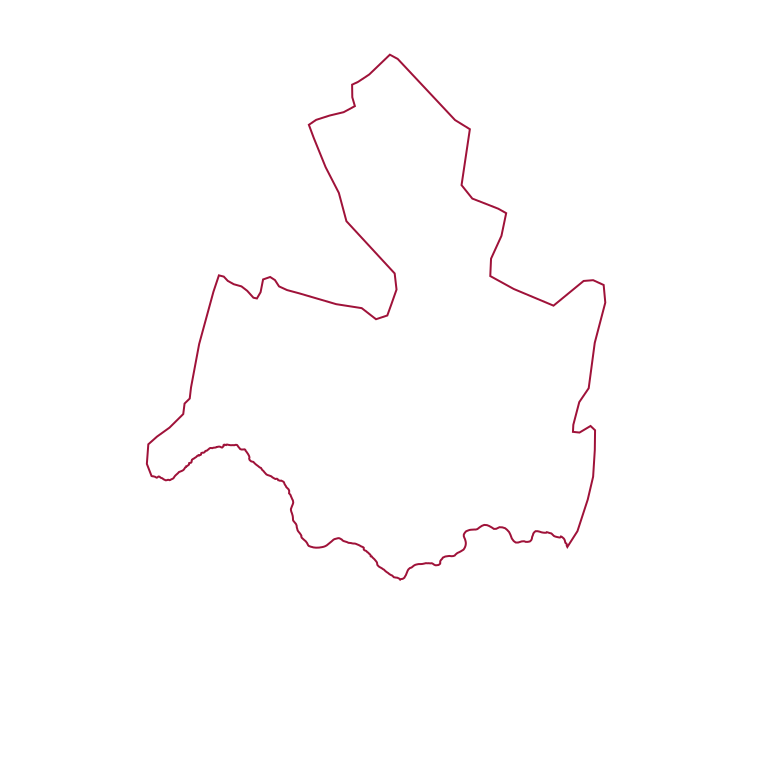 outline of Toledo, Canelones, Uruguay, rotated 318°
{"feature_id": "84410073B33780551405566", "entity_name": "Toledo", "entity_type": "district", "adm_level": 2, "iso_a3": "URY", "parent_name": "Uruguay", "parent_adm1": "Canelones", "projection": "mercator", "projection_center": [-56.115, -34.726], "detail": "fine", "context": "isolated", "style": "outline", "palette": "rose", "viewbox_px": 768, "rotation_deg": 318, "n_neighbors": 0, "source": "geoboundaries", "source_scale": "gbopen_adm2", "svg_char_len": 6166}
<svg xmlns="http://www.w3.org/2000/svg" viewBox="0 0 768 768"><g transform="rotate(318 384 384)"><path d="M618.3,252.1L613.4,235.4L611.7,151.6L608.7,143.2L580.1,144.1L566.8,142.1L560.6,140.2L552.3,149.7L548.3,158.0L535.9,155.0L523.2,148.1L510.3,142.3L501.6,141.1L496.5,154.0L485.7,183.8L478.3,211.8L465.0,237.9L465.9,309.0L456.5,322.2L442.6,329.8L432.3,335.3L421.4,330.5L418.2,312.7L401.9,292.7L381.6,259.8L374.8,249.3L371.3,241.2L372.5,233.8L371.0,228.3L364.1,225.4L353.7,233.2L346.8,235.4L344.7,232.5L344.7,223.2L343.4,216.1L339.1,209.3L336.9,202.8L336.8,197.0L334.0,192.8L319.0,201.3L273.4,230.6L238.2,257.5L229.9,264.8L222.7,265.1L214.7,272.0L195.4,272.9L180.1,271.2L168.5,271.1L154.3,284.7L149.7,296.8L150.1,297.6L150.7,298.1L151.1,298.8L151.6,299.4L151.9,300.2L152.2,301.1L152.5,301.6L153.5,301.8L154.2,301.8L154.7,302.0L155.2,302.8L155.2,303.4L155.4,304.3L155.7,305.0L156.2,305.8L156.4,307.4L156.8,308.1L157.2,309.3L158.0,310.0L158.6,310.3L159.3,310.6L159.9,311.2L160.2,311.9L160.9,312.3L161.6,312.4L162.4,312.6L163.5,313.0L164.3,313.1L165.2,313.0L166.0,312.7L167.1,312.5L168.1,312.4L171.6,312.4L172.5,312.2L174.2,312.8L175.3,313.2L176.3,313.5L177.4,313.7L178.7,313.5L180.4,313.0L181.4,313.3L182.0,312.8L182.7,313.2L184.7,313.4L185.3,313.3L185.8,312.8L186.2,312.4L186.9,312.7L187.7,313.3L188.3,313.3L189.0,313.1L189.4,312.5L190.1,312.2L190.6,311.8L190.9,311.8L191.8,311.9L192.7,312.2L193.6,312.2L194.4,312.4L195.8,312.6L196.7,312.5L197.2,312.5L197.8,312.8L198.5,313.3L198.8,312.9L199.3,313.3L199.8,313.8L200.8,314.0L201.4,313.5L202.0,313.1L202.6,313.3L203.2,313.6L203.9,314.3L204.9,314.6L205.9,314.4L206.3,314.3L206.8,314.4L207.3,314.8L207.9,315.0L208.8,315.0L209.6,315.1L210.4,315.1L211.3,315.1L212.2,315.4L212.7,315.9L213.6,316.9L214.4,317.1L215.5,317.9L216.6,318.7L217.3,318.7L217.9,319.2L218.4,319.4L218.9,319.7L219.7,320.3L220.4,321.3L220.7,322.3L221.2,322.9L222.2,322.9L223.2,322.8L223.7,322.1L224.5,322.1L224.9,322.4L225.1,323.0L225.7,323.3L225.9,323.8L226.8,323.9L227.5,324.9L229.0,326.8L229.8,327.5L231.0,328.5L231.6,329.2L233.0,329.9L233.6,330.5L234.0,331.2L233.7,333.7L233.7,335.2L233.6,336.2L234.4,337.5L235.9,338.7L236.6,339.2L236.9,340.0L236.5,340.9L236.5,341.9L236.1,345.1L235.6,347.1L235.0,348.4L233.8,349.3L233.3,350.6L233.5,352.5L234.1,353.5L234.8,354.5L234.8,356.1L235.0,358.2L235.2,359.2L235.6,361.2L235.7,362.2L235.9,363.1L236.4,364.0L236.2,365.2L236.0,366.4L236.2,367.8L236.1,369.6L236.1,371.2L236.1,372.5L236.6,373.8L237.2,374.8L237.8,375.9L238.5,377.3L238.6,378.6L239.2,380.5L239.7,381.9L241.0,382.7L241.3,383.8L241.0,384.7L241.6,385.5L242.0,386.4L242.9,386.9L243.7,388.8L243.9,390.0L243.1,392.0L242.9,393.2L242.7,394.6L242.4,395.2L242.5,396.4L242.6,398.4L242.1,399.9L240.9,401.2L240.3,401.7L240.3,402.8L240.2,404.3L239.7,405.1L239.4,406.3L238.8,407.9L238.6,408.9L238.1,410.1L237.1,411.5L235.6,412.4L233.9,413.2L231.2,414.6L230.5,415.4L229.7,416.8L229.1,418.4L227.9,420.9L227.0,422.2L225.4,424.2L225.1,425.0L224.9,429.2L224.3,430.8L223.3,432.1L222.5,433.8L221.9,434.9L221.7,435.9L221.6,437.1L221.6,438.1L221.5,439.1L221.3,440.6L221.0,441.6L220.4,442.1L220.0,443.2L220.1,444.1L220.2,445.3L220.3,446.2L220.4,447.1L220.6,448.5L220.4,450.7L219.8,452.8L219.7,453.9L220.7,455.9L221.4,456.9L222.2,458.2L223.1,459.2L224.1,460.3L225.2,461.2L226.4,462.2L227.5,462.9L228.7,463.7L230.3,464.6L231.8,465.2L233.6,465.6L237.9,465.8L239.8,465.9L240.9,465.9L242.1,465.9L243.3,466.1L246.8,467.9L247.5,468.6L247.8,469.2L248.0,469.7L248.5,471.2L248.6,471.7L248.5,472.5L248.7,473.0L249.0,473.9L249.3,474.3L249.8,475.2L250.3,476.0L250.8,476.9L251.3,478.2L253.2,480.3L253.6,481.0L254.1,481.6L254.6,482.2L255.2,482.7L255.8,483.4L256.2,484.1L257.0,485.8L257.5,486.8L257.8,487.7L258.2,488.7L258.4,489.6L258.9,490.4L259.3,491.4L259.4,492.1L259.0,492.6L258.5,493.0L258.2,493.7L258.3,494.6L259.0,496.0L259.1,496.9L259.1,497.9L259.4,498.7L259.4,499.5L259.4,500.4L259.6,501.4L259.4,502.5L258.9,502.9L258.9,503.4L259.5,503.9L259.4,504.9L259.4,505.6L259.6,507.3L259.6,508.3L259.5,510.7L259.4,511.5L259.2,512.2L258.5,513.2L258.0,514.1L258.0,515.8L258.2,516.9L259.1,519.5L259.3,520.7L259.8,522.1L259.8,523.4L260.1,525.4L260.6,527.3L260.8,528.9L261.3,530.5L261.9,531.8L262.0,533.1L262.0,534.1L263.2,535.7L264.3,536.9L265.2,539.1L265.1,540.2L265.8,540.2L266.5,540.6L267.5,541.3L268.2,541.4L269.5,541.6L270.8,541.1L272.3,540.7L276.8,538.5L278.1,538.1L280.1,538.1L281.7,538.8L283.2,538.9L284.4,538.9L286.2,539.3L287.4,539.9L288.6,540.6L289.4,541.1L290.8,542.4L292.1,543.4L293.8,544.4L295.3,545.2L296.1,546.1L297.3,547.1L298.4,548.3L299.6,549.2L300.0,550.2L300.2,551.0L300.4,552.0L300.9,553.0L301.3,553.5L302.3,554.2L303.3,554.9L304.2,555.1L305.5,555.1L306.2,554.5L306.5,554.0L307.3,553.3L308.7,552.9L310.4,552.8L311.5,552.4L312.8,552.8L314.1,553.2L315.3,554.0L316.5,554.8L317.6,555.6L318.9,557.1L320.3,558.2L321.8,558.8L323.0,558.6L325.5,558.7L327.0,559.2L328.9,559.7L332.2,560.3L333.5,560.0L334.9,559.5L336.4,558.7L337.8,557.6L338.9,556.3L339.7,554.9L340.4,553.4L340.8,552.1L341.5,550.4L342.7,549.2L344.6,548.6L346.5,548.4L347.9,548.9L349.9,549.7L351.1,550.5L353.5,552.4L354.9,553.6L356.3,554.3L359.1,554.5L361.8,554.9L364.2,555.8L366.1,557.8L367.1,559.8L368.1,562.7L368.7,565.2L370.5,566.7L374.0,567.7L376.0,569.7L377.5,572.2L377.9,574.8L377.9,577.8L377.1,580.6L375.6,584.4L375.3,587.5L375.8,589.9L377.5,591.5L379.2,592.3L381.0,593.1L382.9,594.6L383.8,596.3L385.2,597.5L387.0,598.6L388.8,598.6L390.4,597.9L391.7,596.8L393.6,595.9L395.0,595.0L396.8,594.7L398.1,594.8L399.6,596.1L400.8,597.8L401.8,599.6L402.8,600.9L403.6,601.8L404.9,603.0L405.8,603.0L406.4,603.9L407.2,605.3L408.4,607.1L408.6,610.6L409.1,611.8L410.0,613.2L411.0,614.6L412.0,615.8L412.8,616.0L413.4,615.7L413.8,616.3L414.0,617.5L414.2,619.1L414.0,620.4L413.4,621.8L412.8,622.8L412.5,623.8L412.8,624.6L412.5,625.4L411.6,626.4L411.2,627.8L429.3,622.8L458.1,606.2L477.4,592.8L496.5,574.1L509.9,559.6L509.4,553.4L496.8,550.9L492.4,546.0L497.4,541.0L517.0,528.1L533.3,524.1L568.2,494.4L602.9,471.6L613.5,457.4L608.9,446.8L601.3,441.0L562.4,439.2L544.0,400.2L535.2,374.9L547.4,362.5L570.4,352.5L589.1,338.8L586.2,330.2L573.7,305.3L574.7,288.1L618.3,252.1Z" fill="none" stroke="#9f1239" stroke-width="2"/></g></svg>